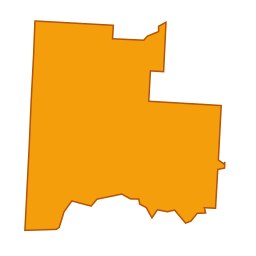 Franklin, Idaho, United States of America (Equal Earth projection), rotated 93°
{"feature_id": "52423323B56799864768265", "entity_name": "Franklin", "entity_type": "district", "adm_level": 2, "iso_a3": "USA", "parent_name": "United States of America", "parent_adm1": "Idaho", "projection": "equal_earth", "projection_center": [-111.772, 42.214], "detail": "fine", "context": "isolated", "style": "filled", "palette": "amber", "viewbox_px": 256, "rotation_deg": 93, "n_neighbors": 0, "source": "geoboundaries", "source_scale": "gbopen_adm2", "svg_char_len": 712}
<svg xmlns="http://www.w3.org/2000/svg" viewBox="0 0 256 256"><g transform="rotate(93 128 128)"><path d="M26.0,226.5L59.9,226.1L83.3,226.1L93.4,226.1L93.5,226.1L107.2,226.1L151.0,225.7L154.8,225.7L235.6,225.6L233.0,194.2L230.8,191.5L215.1,187.5L203.8,180.3L207.9,160.7L200.7,155.2L194.3,130.9L198.7,121.7L198.4,113.5L203.5,112.3L206.4,105.7L216.5,99.4L208.1,94.3L209.6,84.3L207.5,77.2L220.0,65.5L217.7,60.3L209.6,54.4L208.8,46.0L203.6,47.6L203.6,36.4L164.7,36.2L163.0,29.5L156.9,29.5L158.9,30.3L155.2,36.1L107.5,36.1L100.7,36.1L100.2,108.7L69.8,108.6L69.9,95.4L20.4,95.6L24.8,102.8L30.1,102.5L35.2,113.4L39.5,116.9L39.7,148.1L26.2,148.0L26.0,226.5Z" fill="#f59e0b" stroke="#b45309" stroke-width="1.5"/></g></svg>